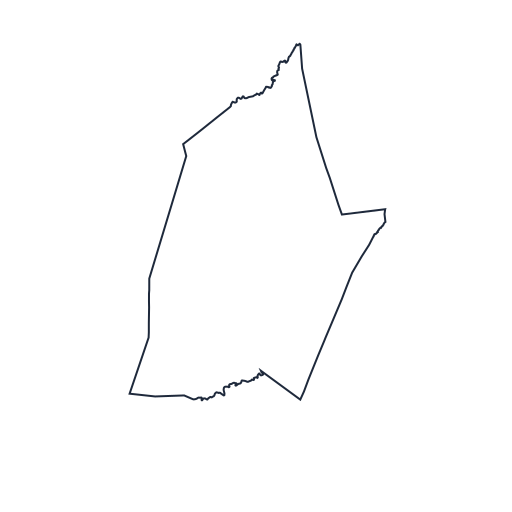 outline of Gwembe, Southern, Zambia, rotated 132°
{"feature_id": "96606910B99334137269025", "entity_name": "Gwembe", "entity_type": "district", "adm_level": 2, "iso_a3": "ZMB", "parent_name": "Zambia", "parent_adm1": "Southern", "projection": "orthographic", "projection_center": [27.8, -16.661], "detail": "fine", "context": "isolated", "style": "outline", "palette": "slate", "viewbox_px": 512, "rotation_deg": 132, "n_neighbors": 0, "source": "geoboundaries", "source_scale": "gbopen_adm2", "svg_char_len": 5808}
<svg xmlns="http://www.w3.org/2000/svg" viewBox="0 0 512 512"><g transform="rotate(132 256 256)"><path d="M333.1,127.0L324.6,129.7L312.7,134.4L288.5,143.2L273.1,148.6L270.4,149.6L256.5,154.4L230.8,163.3L218.3,168.1L204.0,173.4L185.4,177.2L172.0,179.4L163.0,181.8L162.9,181.7L162.5,181.8L162.3,181.9L161.9,182.2L161.7,182.3L161.0,182.2L160.6,182.5L160.3,182.4L160.0,182.3L159.8,182.2L159.5,181.8L159.3,181.7L158.3,181.6L158.1,181.7L157.9,181.6L157.7,181.6L157.4,181.7L157.1,181.6L157.1,181.9L157.0,182.0L156.9,182.0L156.0,182.0L155.7,182.1L155.4,182.2L155.3,182.3L154.8,182.3L154.3,182.2L154.0,182.3L153.8,182.4L153.6,182.5L153.2,182.5L152.6,182.5L152.2,182.4L151.6,182.4L151.4,182.4L151.1,182.3L151.1,182.1L150.8,182.2L150.2,182.1L149.7,182.3L149.5,182.2L149.0,182.0L148.5,182.2L148.0,182.2L147.4,182.2L147.0,182.4L146.9,182.5L146.0,182.7L145.0,182.8L144.1,182.6L138.9,188.5L135.0,191.2L134.8,191.3L167.7,219.9L162.8,229.0L148.6,253.4L143.6,262.8L127.3,290.6L85.9,347.1L69.3,364.4L69.2,364.6L69.1,365.3L69.1,365.5L70.4,365.8L71.3,365.8L71.5,366.1L71.6,366.3L71.6,366.6L71.6,367.1L71.7,367.5L71.9,367.5L72.3,367.3L72.5,367.1L72.8,367.0L73.4,366.9L73.7,366.9L74.8,366.6L75.3,366.6L75.8,366.6L76.0,366.3L77.4,366.2L77.7,366.1L77.8,365.9L78.3,365.7L79.0,365.7L79.4,365.7L80.1,365.4L81.0,365.4L82.1,365.0L83.0,364.9L83.9,364.6L84.2,364.5L84.6,364.6L84.9,364.5L85.1,364.6L85.4,364.7L85.9,364.8L86.1,364.7L86.8,364.5L87.9,363.9L88.6,363.4L89.7,363.0L91.9,362.8L92.3,363.1L92.4,363.3L92.3,364.1L92.2,364.2L91.6,364.2L91.5,364.5L91.4,365.0L91.5,365.3L92.3,365.6L92.8,365.8L93.4,365.8L93.8,365.9L94.3,366.4L94.4,366.7L94.5,366.9L94.7,367.1L94.8,367.7L95.0,367.8L95.3,367.9L95.6,367.9L96.3,367.7L97.4,367.3L98.0,367.0L99.7,366.6L99.9,366.5L100.1,366.2L100.4,365.3L100.7,364.9L101.0,364.8L101.5,364.8L102.1,364.0L102.5,363.6L103.5,364.0L103.8,364.0L104.1,364.0L104.4,363.9L104.7,363.7L105.3,363.2L105.6,362.9L106.6,361.3L106.9,361.2L107.2,361.3L107.8,361.6L108.0,361.8L108.2,361.7L109.6,362.5L110.1,362.7L111.1,363.1L111.5,363.0L111.9,362.8L112.6,363.0L112.9,363.1L113.0,363.3L113.6,363.2L114.0,362.8L114.4,362.4L114.6,361.8L114.6,361.3L114.1,361.2L113.7,361.1L113.5,360.8L112.9,359.9L112.8,359.6L113.1,359.3L113.6,359.5L114.2,359.8L114.8,359.9L115.1,359.8L116.3,359.3L117.0,358.7L117.9,358.5L118.5,358.5L119.1,357.9L119.6,357.8L120.1,357.7L120.5,357.6L120.9,357.6L121.2,357.7L121.3,357.7L121.7,358.1L121.7,358.8L121.8,359.0L122.1,359.2L122.3,359.4L122.2,359.6L122.3,360.1L123.2,361.4L123.5,361.7L123.8,361.7L124.5,361.4L127.3,360.9L130.7,360.1L131.0,360.2L131.3,360.3L131.3,360.7L131.1,361.1L131.1,361.3L131.2,361.5L131.4,361.6L131.7,361.7L132.2,361.6L133.0,361.6L133.9,361.2L134.0,361.2L134.1,361.3L134.2,361.9L134.2,362.2L134.3,362.8L134.5,363.2L134.6,363.6L134.9,364.1L135.1,364.1L135.4,364.0L136.2,364.0L136.4,364.1L136.9,364.4L138.0,364.8L139.3,365.1L140.1,365.7L141.8,367.0L142.7,367.7L143.7,368.1L144.3,368.3L144.7,368.5L145.2,368.8L145.5,369.1L145.8,369.4L146.1,369.8L146.3,370.2L146.2,370.6L145.8,372.0L146.1,372.5L146.3,372.6L147.5,372.4L148.5,372.1L149.3,372.4L149.5,372.6L149.6,373.0L149.7,373.9L149.9,374.6L150.2,375.1L150.6,375.4L151.0,375.4L152.2,375.3L152.5,375.1L153.2,374.6L153.9,373.8L154.3,373.6L154.6,373.6L155.4,373.8L155.9,374.1L156.1,374.3L156.3,374.9L156.9,376.0L156.9,376.3L157.0,376.5L157.4,376.5L157.9,376.5L159.4,376.1L160.4,375.8L161.4,375.0L162.8,375.0L178.7,377.7L188.5,379.3L203.6,381.8L221.6,385.0L225.9,378.5L228.4,374.7L275.5,352.5L344.2,320.2L352.9,312.4L355.5,310.4L361.3,305.2L365.8,301.0L377.5,290.8L384.5,284.5L388.5,281.2L442.9,257.8L427.9,237.0L407.7,216.1L404.7,207.2L404.2,206.3L403.1,205.4L401.8,204.6L401.6,204.6L400.4,204.3L399.8,204.0L399.4,203.7L398.8,202.8L398.3,202.4L398.0,202.2L397.8,202.0L397.7,201.6L398.0,201.0L399.2,200.3L399.4,200.1L399.5,199.8L399.4,199.6L399.1,199.5L398.9,199.5L397.9,199.7L397.6,199.7L397.1,199.6L396.8,199.5L396.1,198.8L395.9,198.4L395.8,198.2L395.6,197.0L395.5,196.6L395.3,196.2L395.1,196.1L394.6,196.2L394.2,196.2L393.6,196.2L391.5,195.7L391.2,195.5L391.0,195.1L390.9,194.6L390.6,194.3L389.1,193.9L388.6,193.6L388.0,193.6L387.4,193.7L386.7,194.0L386.2,194.3L385.7,194.4L384.9,194.4L384.2,194.3L383.8,194.2L383.6,193.8L383.0,192.9L383.0,192.6L382.9,192.3L382.7,192.1L381.9,191.5L381.7,191.1L381.6,190.9L381.7,190.4L381.6,190.1L381.6,189.6L381.5,189.3L381.5,188.6L381.3,187.7L381.3,186.9L381.1,186.6L380.9,186.5L380.4,186.5L380.2,186.7L379.7,187.2L379.2,187.5L379.0,187.8L377.6,189.9L377.0,190.6L376.6,190.9L375.5,191.6L375.0,191.7L374.4,191.7L373.9,191.5L373.6,191.3L373.1,190.8L372.7,190.3L372.3,189.9L372.1,189.6L371.8,188.7L371.7,188.4L371.3,188.2L371.1,188.2L370.8,188.3L370.7,188.4L370.3,189.2L369.9,189.6L369.4,189.7L369.0,189.7L368.7,189.6L368.4,189.4L367.8,188.9L367.6,188.7L367.3,188.5L367.2,188.5L366.8,188.4L366.1,188.2L365.3,187.8L365.1,187.7L364.9,187.5L364.6,186.9L364.2,186.0L363.9,185.7L363.8,185.4L363.8,185.1L364.3,184.7L364.8,184.5L365.1,184.4L365.2,184.5L365.3,184.8L365.4,185.0L365.6,185.0L365.8,184.8L365.9,184.7L365.9,184.4L365.8,184.2L365.5,184.1L365.0,183.9L363.9,183.8L362.8,183.4L362.1,183.1L361.8,182.7L361.4,182.5L360.9,182.3L360.7,182.3L360.3,182.4L359.2,182.7L358.6,183.1L358.2,183.2L357.8,183.1L357.7,182.9L356.3,180.8L355.5,179.0L355.4,178.4L355.1,178.1L354.9,177.9L354.6,177.6L353.5,177.2L352.3,176.5L351.6,176.3L351.2,176.2L350.8,176.4L350.5,176.3L350.1,175.5L349.8,175.0L349.7,174.8L349.3,174.8L348.8,175.1L348.4,175.6L348.1,175.9L347.8,175.8L347.2,175.5L346.5,175.0L345.9,174.7L345.6,174.3L345.7,173.9L345.7,173.5L345.2,173.4L345.0,173.5L344.1,174.6L343.2,175.0L341.7,175.1L341.2,175.0L341.1,174.6L341.2,174.2L341.5,173.3L341.5,172.7L341.1,172.2L340.6,171.9L339.9,171.5L339.3,171.5L338.9,171.8L338.8,172.1L338.7,174.0L338.0,175.5L333.1,127.0Z" fill="none" stroke="#1e293b" stroke-width="2"/></g></svg>